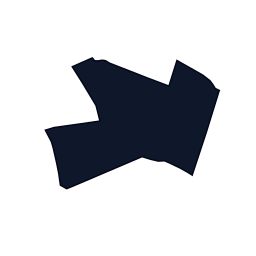 Draganesti-Vlasca, Teleorman, Romania, rotated 211°
{"feature_id": "2599482B23402185147760", "entity_name": "Draganesti-Vlasca", "entity_type": "district", "adm_level": 2, "iso_a3": "ROU", "parent_name": "Romania", "parent_adm1": "Teleorman", "projection": "natural_earth1", "projection_center": [25.499, 44.111], "detail": "fine", "context": "isolated", "style": "filled", "palette": "ink", "viewbox_px": 256, "rotation_deg": 211, "n_neighbors": 0, "source": "geoboundaries", "source_scale": "gbopen_adm2", "svg_char_len": 717}
<svg xmlns="http://www.w3.org/2000/svg" viewBox="0 0 256 256"><g transform="rotate(211 128 128)"><path d="M69.1,207.2L73.6,206.8L77.9,209.0L78.3,209.2L80.6,210.1L82.0,210.7L88.4,211.5L91.0,211.8L108.7,211.4L114.5,211.2L120.8,211.1L114.5,185.0L137.0,180.9L177.1,174.1L181.9,174.1L184.9,172.9L188.5,169.9L191.3,168.4L194.6,169.7L194.9,169.4L207.3,151.8L189.8,143.0L166.9,130.8L155.6,119.5L173.3,105.1L191.6,90.3L197.7,83.6L186.7,76.9L181.7,72.3L170.4,60.5L163.8,53.2L156.5,44.2L149.4,44.4L148.1,46.0L141.8,54.6L101.2,110.7L92.7,112.8L85.1,115.2L79.8,118.7L74.1,119.5L68.2,120.0L63.4,120.5L54.5,120.8L48.7,120.7L48.8,121.0L58.7,164.7L69.1,207.0L69.1,207.2Z" fill="#0f172a" stroke="#020617" stroke-width="1.5"/></g></svg>